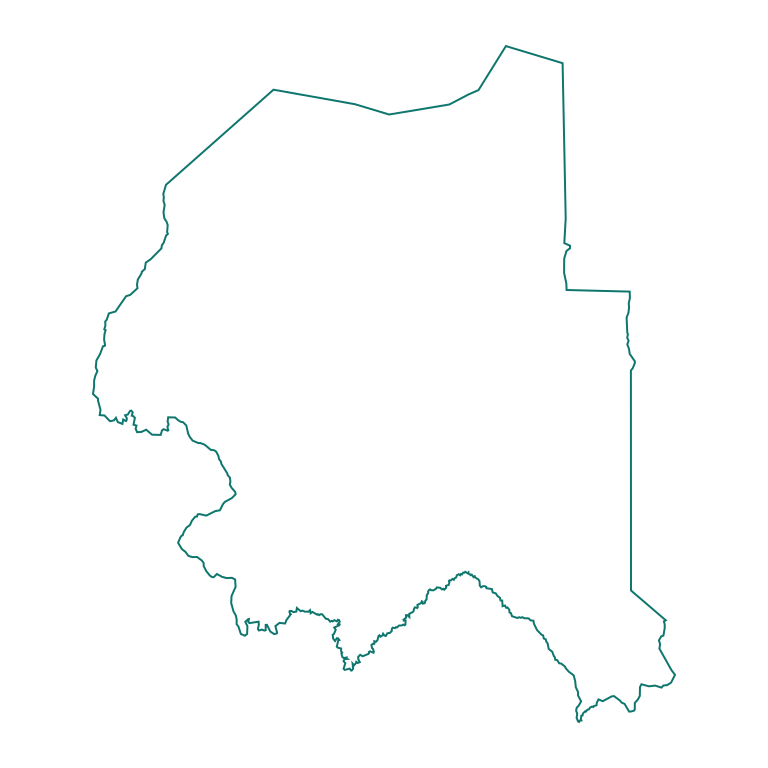 Goudiry, Tambacounda, Senegal
{"feature_id": "50182788B18390590381778", "entity_name": "Goudiry", "entity_type": "district", "adm_level": 2, "iso_a3": "SEN", "parent_name": "Senegal", "parent_adm1": "Tambacounda", "projection": "natural_earth1", "projection_center": [-12.97, 13.973], "detail": "fine", "context": "isolated", "style": "outline", "palette": "teal", "viewbox_px": 768, "rotation_deg": 0, "n_neighbors": 0, "source": "geoboundaries", "source_scale": "gbopen_adm2", "svg_char_len": 6111}
<svg xmlns="http://www.w3.org/2000/svg" viewBox="0 0 768 768"><path d="M505.9,46.1L478.5,90.1L468.6,94.4L449.3,104.5L389.1,114.5L354.9,104.2L273.5,89.7L166.0,184.8L163.3,193.9L163.8,197.2L163.5,201.2L164.7,204.8L163.5,212.2L164.3,218.2L166.7,222.0L167.7,225.2L167.1,232.1L167.9,233.9L166.1,235.5L163.6,242.9L161.9,245.2L161.4,248.4L150.7,259.2L145.8,262.6L144.8,269.1L141.9,271.7L141.4,273.7L137.8,279.6L137.0,284.9L137.5,288.2L130.2,294.9L126.1,296.2L115.5,311.5L108.9,313.4L106.7,319.8L105.2,321.6L105.4,325.6L104.3,329.3L105.6,330.1L104.5,333.9L104.1,339.6L105.1,345.3L104.6,346.0L103.0,346.2L100.1,354.0L96.4,360.5L95.8,367.5L97.4,371.1L95.3,375.8L94.1,380.6L94.1,386.6L93.0,394.0L98.1,398.8L98.0,400.5L100.5,409.9L99.7,415.1L104.5,415.5L110.0,421.2L113.9,420.4L115.9,417.8L117.8,422.1L122.4,423.9L123.2,419.5L126.0,421.1L126.6,420.2L126.8,418.2L125.1,415.3L127.8,414.5L130.2,410.8L131.3,410.7L132.7,412.2L131.8,415.7L133.4,416.2L134.9,417.8L133.5,424.7L136.5,425.6L135.6,428.7L137.1,432.2L141.5,431.9L146.2,429.7L152.1,434.7L160.7,434.9L162.0,430.5L163.6,429.2L167.7,430.7L168.3,430.3L167.4,427.0L168.6,424.3L167.6,421.5L168.2,417.3L175.2,417.5L178.1,420.2L181.0,421.9L183.1,422.2L186.3,425.5L188.2,433.8L189.9,437.1L192.6,440.6L198.4,443.1L200.2,443.0L204.7,444.7L210.7,449.8L214.3,450.3L216.2,451.7L218.3,455.7L219.1,459.2L220.8,461.4L221.4,463.9L227.4,473.6L227.6,475.0L229.9,477.6L230.4,481.6L229.8,484.6L231.5,487.7L235.2,492.0L235.6,494.3L231.8,498.1L224.8,501.9L223.0,504.1L219.9,510.3L215.3,511.1L206.3,515.6L199.6,514.1L197.7,514.4L196.9,516.6L195.2,516.7L191.9,520.7L190.0,525.0L186.5,527.6L183.8,532.0L182.7,535.3L181.7,535.6L180.4,537.3L178.1,542.8L181.8,549.0L185.6,552.0L188.3,555.8L192.2,557.1L197.1,557.0L201.8,560.5L203.6,562.9L203.7,566.1L206.4,571.3L210.0,575.7L212.1,577.1L213.7,577.2L216.9,574.0L222.2,576.9L226.9,578.1L231.9,577.8L235.1,579.5L235.6,586.9L231.5,596.1L231.2,603.1L233.5,611.4L235.7,615.2L236.7,619.5L236.6,624.1L238.4,626.5L240.9,634.0L244.9,635.7L247.1,634.0L247.4,626.1L245.3,621.8L248.3,619.1L248.9,619.0L248.3,621.8L249.4,623.1L258.6,621.7L258.8,624.9L257.9,629.1L259.0,630.5L261.8,629.6L264.5,630.6L265.7,630.2L265.7,624.9L266.9,624.8L270.3,631.5L274.2,634.1L276.7,633.5L277.1,632.7L275.4,626.1L279.5,622.9L285.1,623.5L286.5,619.9L289.9,615.5L290.0,614.5L290.7,614.3L289.4,612.1L289.7,611.0L291.6,611.0L293.3,612.1L296.3,611.6L296.9,608.0L300.7,611.2L302.6,610.6L304.7,611.6L308.4,611.7L310.0,610.2L310.6,613.2L312.4,611.9L317.2,614.7L317.8,614.2L319.4,615.1L320.4,614.2L322.2,614.3L325.8,618.7L328.2,619.2L330.1,621.6L331.9,620.8L332.7,621.4L334.4,620.2L336.9,621.3L338.0,619.8L339.1,620.1L339.7,621.7L338.0,624.2L339.6,624.5L339.2,625.3L334.3,627.5L335.7,629.8L334.0,633.9L332.7,634.8L333.2,638.6L335.0,641.0L336.9,638.2L338.0,638.3L339.0,639.5L339.3,640.0L338.3,640.2L336.8,646.7L337.6,647.6L341.1,648.5L341.1,651.3L342.2,652.7L341.4,653.5L342.4,657.1L343.8,658.0L346.6,657.5L346.4,658.4L347.2,658.9L345.0,659.0L343.7,660.5L343.6,661.3L345.3,663.1L343.6,668.8L344.8,669.9L349.7,668.6L351.1,670.6L351.8,670.5L353.1,668.7L352.6,663.6L354.0,665.3L355.7,663.4L356.3,661.8L357.7,663.0L359.8,662.1L358.3,659.3L358.2,656.9L360.2,654.8L362.6,656.2L363.5,655.9L368.2,654.0L369.0,653.3L368.9,652.0L370.0,651.3L373.5,652.7L373.8,651.4L373.0,648.9L372.1,648.2L371.4,645.0L372.7,643.9L374.3,643.8L374.3,641.2L375.9,641.8L377.4,640.3L378.6,635.9L379.5,635.3L380.5,636.7L382.5,635.4L383.1,633.7L384.4,635.5L385.8,636.0L387.3,633.3L389.9,632.9L391.8,630.9L391.7,629.3L392.6,627.7L395.1,628.1L395.9,627.2L397.1,627.4L398.8,625.6L401.9,625.4L403.2,624.6L404.6,625.3L405.4,624.6L405.6,620.5L403.7,620.5L403.5,619.7L406.1,617.6L406.0,615.2L407.3,615.1L409.3,617.0L409.2,613.9L413.4,611.6L414.1,608.5L415.1,607.3L417.2,608.0L417.8,607.2L417.4,604.9L421.2,603.0L421.8,601.3L422.5,601.6L422.8,603.6L424.7,603.2L425.4,600.6L426.5,599.6L426.9,594.8L428.2,593.1L428.1,591.5L429.2,589.9L430.1,589.4L431.0,590.2L433.5,590.3L436.0,588.8L436.8,587.4L440.3,587.8L441.9,589.4L443.5,588.8L444.2,589.7L446.1,587.9L446.0,585.8L448.6,585.0L449.4,582.7L448.9,581.0L449.4,580.4L450.9,580.4L452.5,578.9L453.8,579.8L454.7,578.2L456.2,577.4L456.8,575.3L458.8,574.2L460.2,575.3L461.0,574.0L462.0,574.4L463.2,572.6L464.5,572.7L465.2,571.8L467.7,573.2L468.4,572.5L468.5,573.8L469.9,574.3L470.5,575.2L471.7,574.6L473.5,577.1L474.5,576.2L474.8,576.2L475.2,577.5L478.3,579.4L479.5,581.1L479.8,585.6L481.1,587.3L483.1,586.1L484.6,586.2L486.2,586.8L486.4,588.2L491.9,589.1L492.7,592.4L495.8,593.4L497.6,596.1L500.0,597.8L500.5,600.4L502.2,600.6L502.6,606.2L504.9,605.5L506.2,607.8L507.4,607.4L509.3,609.7L509.5,612.5L511.0,613.2L512.0,616.2L517.4,618.0L519.1,617.2L520.8,617.8L522.5,617.2L524.2,618.2L528.6,618.4L530.6,620.4L533.4,620.7L534.0,623.9L537.0,630.0L541.5,634.7L543.1,635.4L543.8,638.5L545.8,639.4L546.1,641.2L547.6,643.4L548.7,648.9L552.3,651.8L553.8,656.0L554.9,657.4L555.2,659.7L557.2,660.1L559.2,663.3L561.3,663.6L565.3,666.9L565.6,668.1L568.8,671.7L573.7,675.4L575.2,681.2L575.8,687.2L578.1,692.2L578.0,695.3L581.1,701.4L578.6,705.8L576.8,707.5L576.1,710.5L577.2,713.7L576.6,717.9L578.1,721.4L579.0,721.9L579.4,720.7L581.4,720.5L580.9,719.2L581.3,715.7L582.5,715.5L583.0,713.4L585.3,711.2L585.9,711.6L587.4,709.7L588.9,709.4L590.0,707.6L592.0,706.6L593.3,707.0L593.8,706.1L596.5,705.3L596.8,702.7L598.5,699.4L602.7,701.2L611.7,696.4L614.0,696.1L619.9,700.5L621.5,702.5L624.6,703.9L629.1,711.6L631.5,711.4L634.3,710.5L634.8,709.2L634.8,702.9L637.8,699.6L639.8,696.0L640.0,687.1L641.4,684.3L649.0,686.3L655.1,685.6L661.5,687.6L663.4,685.5L667.2,685.1L671.1,682.6L675.0,674.8L671.4,670.0L659.4,648.6L660.1,644.1L658.9,640.4L661.3,636.3L663.4,635.6L664.7,628.3L664.7,624.3L663.9,621.4L665.8,620.3L631.0,590.5L630.9,370.5L632.8,368.1L634.8,363.2L634.9,361.4L629.7,353.9L629.0,348.9L627.3,344.4L628.6,340.9L627.2,337.7L627.9,334.2L627.3,332.7L626.6,317.5L628.4,312.9L629.1,307.1L628.7,303.6L629.9,297.9L629.7,291.6L566.6,290.0L566.3,283.3L564.1,272.9L564.2,258.6L566.5,250.9L570.0,248.3L570.0,245.7L564.3,243.1L565.7,218.4L562.6,63.2L505.9,46.1Z" fill="none" stroke="#0f766e" stroke-width="2"/></svg>